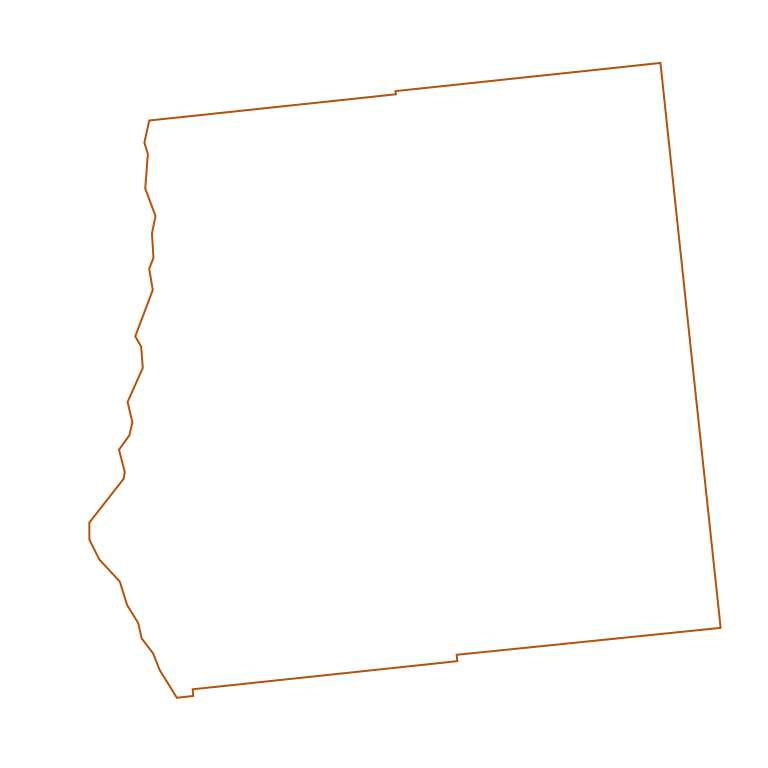 outline of Holt, Nebraska, United States of America, rotated 264°
{"feature_id": "52423323B93692161478978", "entity_name": "Holt", "entity_type": "district", "adm_level": 2, "iso_a3": "USA", "parent_name": "United States of America", "parent_adm1": "Nebraska", "projection": "natural_earth1", "projection_center": [-98.808, 42.492], "detail": "fine", "context": "isolated", "style": "outline", "palette": "amber", "viewbox_px": 768, "rotation_deg": 264, "n_neighbors": 0, "source": "geoboundaries", "source_scale": "gbopen_adm2", "svg_char_len": 629}
<svg xmlns="http://www.w3.org/2000/svg" viewBox="0 0 768 768"><g transform="rotate(264 384 384)"><path d="M674.4,692.5L674.1,426.1L670.9,426.1L670.6,178.1L649.1,170.9L637.4,173.2L603.4,167.0L575.0,174.3L558.0,169.0L533.6,167.9L523.1,162.5L501.7,163.9L457.4,141.6L446.6,146.4L425.2,145.8L392.9,127.1L372.4,129.8L359.6,125.4L346.4,113.6L323.5,117.0L317.0,115.2L277.0,76.5L260.1,74.7L239.3,82.5L215.1,100.6L191.1,105.4L171.9,114.6L156.2,116.4L140.2,126.2L123.0,131.0L93.6,145.2L93.7,161.7L100.4,161.8L100.7,427.9L107.1,428.0L106.3,693.2L113.6,693.3L394.3,692.8L674.4,692.5Z" fill="none" stroke="#b45309" stroke-width="2"/></g></svg>